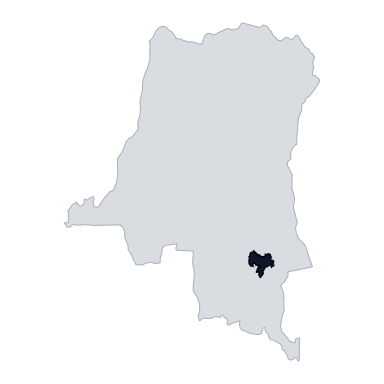 Malemba-Nkulu, Katanga, Democratic Republic of the Congo (highlighted)
{"feature_id": "63176286B11863220768150", "entity_name": "Malemba-Nkulu", "entity_type": "district", "adm_level": 2, "iso_a3": "COD", "parent_name": "Democratic Republic of the Congo", "parent_adm1": "Katanga", "projection": "equal_earth", "projection_center": [26.787, -8.06], "detail": "fine", "context": "in_parent", "style": "filled", "palette": "ink", "viewbox_px": 384, "rotation_deg": 0, "n_neighbors": 0, "source": "geoboundaries", "source_scale": "gbopen_adm2", "svg_char_len": 8146}
<svg xmlns="http://www.w3.org/2000/svg" viewBox="0 0 384 384"><path d="M312.4,266.8L287.6,272.0L288.1,273.9L287.9,275.9L287.2,277.4L284.7,281.5L280.9,285.3L280.9,286.2L282.8,290.4L284.0,296.2L283.7,306.4L284.2,309.1L284.1,311.2L282.8,313.6L280.3,325.8L281.9,331.7L286.8,337.2L289.6,341.3L294.5,342.7L295.2,342.5L295.5,339.1L299.4,337.8L299.3,359.5L299.0,360.7L298.3,361.0L297.4,360.3L297.1,358.2L296.1,357.3L291.4,360.0L290.2,359.9L288.9,359.4L288.0,358.3L287.7,356.7L284.4,350.4L282.8,350.0L281.0,344.3L273.6,340.1L270.8,339.8L269.3,338.5L267.9,334.0L265.4,331.2L264.9,328.0L264.4,327.5L262.9,328.2L261.6,333.2L259.9,334.4L256.9,334.5L249.3,333.1L243.9,330.5L242.5,330.6L240.3,328.3L239.4,324.4L239.9,321.4L239.5,320.9L231.3,323.5L229.3,325.0L227.4,324.6L226.8,323.8L227.7,321.7L227.2,319.5L226.6,318.4L224.2,317.6L223.4,315.2L221.9,314.8L221.4,315.2L221.1,316.8L220.2,317.4L215.2,316.6L210.1,318.7L203.2,318.1L200.0,320.7L199.5,320.6L198.8,319.3L198.1,315.2L198.5,314.1L199.5,313.3L199.8,311.6L199.5,307.4L199.7,306.3L199.4,303.9L198.3,300.0L196.9,296.8L193.7,292.0L193.1,289.7L193.3,284.3L194.3,275.8L194.1,269.4L192.9,265.3L192.6,260.9L193.4,252.9L192.5,251.0L176.9,250.3L176.2,249.7L175.9,248.6L176.6,243.9L167.0,245.1L164.2,246.0L162.4,247.9L161.8,250.4L161.8,253.8L160.4,257.1L160.0,262.7L157.4,263.3L154.7,263.3L149.6,262.2L144.7,263.7L142.2,265.3L140.9,264.5L136.5,265.1L135.9,264.7L130.7,253.6L128.4,250.0L128.0,248.2L128.2,246.4L127.5,244.1L125.1,238.5L124.6,235.8L124.7,231.7L124.4,230.3L122.3,226.7L120.9,225.5L119.3,224.9L93.7,225.4L85.2,224.7L79.0,225.2L75.8,224.9L75.0,224.4L72.1,225.1L70.7,226.6L68.5,227.4L67.1,227.1L64.4,223.0L68.0,222.2L68.3,221.8L68.4,212.0L67.5,210.6L69.4,208.9L72.5,204.5L75.5,203.0L75.9,202.1L76.6,202.1L77.7,204.0L80.3,206.3L83.6,204.3L83.9,203.7L84.3,199.4L85.2,199.1L86.6,200.0L87.3,200.0L88.8,198.8L92.9,196.6L94.2,199.4L93.0,201.8L93.6,203.5L93.7,206.2L94.4,206.8L97.7,207.1L98.6,206.5L105.1,196.8L106.8,195.7L109.5,191.8L113.2,190.1L114.7,187.0L116.8,181.6L117.7,173.7L117.3,160.2L117.7,158.3L122.0,152.2L126.5,141.1L129.6,138.2L131.9,137.0L135.4,133.0L138.2,128.9L137.8,124.0L138.5,119.9L140.0,114.7L140.5,109.3L140.0,103.5L140.3,98.8L142.3,91.2L142.6,82.6L144.4,75.3L148.2,66.1L150.0,59.3L149.7,52.5L150.2,47.5L150.0,44.6L149.3,42.1L149.7,40.5L151.1,39.8L152.9,37.3L156.1,30.6L159.5,27.4L161.9,26.4L164.4,26.5L166.0,27.1L168.6,29.7L171.6,31.7L173.8,34.3L176.0,38.4L181.3,39.3L183.6,40.7L185.0,41.3L185.5,40.9L186.6,41.1L189.1,42.3L191.1,41.6L200.9,44.3L202.1,43.0L204.8,36.0L206.9,33.7L210.3,33.4L212.9,34.7L214.3,34.7L226.4,28.8L228.0,28.5L232.4,29.9L235.2,29.0L236.4,29.3L238.8,28.2L240.9,24.1L242.5,23.0L259.9,27.5L262.6,25.3L263.8,25.1L267.7,26.7L268.9,29.3L271.2,31.4L272.8,35.1L275.4,37.1L276.7,39.0L278.3,40.4L281.4,40.9L285.4,37.6L288.3,37.9L291.1,39.7L292.1,39.6L294.2,37.7L295.4,35.7L296.5,35.2L298.1,36.1L299.5,38.0L300.7,40.8L305.1,47.0L309.3,49.7L310.4,53.5L311.9,53.1L312.6,53.5L313.7,55.9L314.5,56.4L314.6,57.4L313.6,59.7L312.6,64.0L313.9,66.7L312.8,70.6L312.3,74.6L313.6,75.6L315.4,75.5L317.0,77.6L318.3,78.0L319.6,80.2L319.3,82.0L315.2,88.6L308.9,96.6L306.8,97.6L305.7,99.0L305.0,101.4L303.2,103.4L301.8,104.2L301.7,110.0L299.6,116.0L298.7,117.2L297.6,127.0L297.8,128.6L296.7,136.6L296.9,144.1L293.8,146.4L291.7,150.1L290.8,152.6L290.9,158.6L287.4,162.4L287.2,163.2L288.1,167.4L289.3,168.1L289.3,169.6L292.1,174.1L291.9,188.2L292.1,189.6L293.5,193.0L294.5,199.3L293.4,207.5L297.2,222.3L295.5,227.8L296.3,233.0L298.5,238.4L303.8,243.8L305.2,246.0L306.6,249.0L307.8,253.6L312.4,266.8Z" fill="#d9dde1" stroke="#a8b0b8" stroke-width="1"/><path d="M259.0,275.3L259.2,275.1L259.3,275.1L259.5,275.3L259.6,275.2L259.7,275.4L259.8,275.4L259.9,275.6L260.0,275.7L260.1,275.8L260.1,276.1L260.0,276.3L260.0,276.5L259.9,276.6L260.0,277.0L260.2,277.4L260.3,277.4L260.4,277.2L260.6,276.9L260.8,276.9L260.9,276.7L261.0,276.6L261.2,276.3L261.5,276.2L261.7,275.6L261.8,275.4L262.0,275.3L262.7,274.3L262.8,274.3L263.0,273.8L263.2,273.6L263.4,273.4L263.4,273.2L263.2,273.0L262.9,273.2L262.4,273.0L262.4,272.9L262.3,272.6L262.5,272.1L263.0,271.2L264.4,268.8L264.5,268.5L264.6,268.2L264.9,267.8L265.1,267.4L265.3,267.0L265.6,267.0L265.8,266.9L265.8,266.7L266.0,266.6L266.3,266.4L266.5,266.4L266.7,266.5L266.8,266.7L267.2,266.7L267.5,266.4L267.9,266.0L268.0,266.0L268.4,265.8L268.5,265.7L268.7,265.3L269.0,265.1L269.4,265.1L269.7,264.8L270.2,264.9L270.4,264.8L270.5,264.8L270.8,264.7L270.9,265.0L271.3,265.4L271.4,265.7L271.4,265.8L271.3,266.0L271.6,266.0L271.6,266.5L271.6,266.9L272.1,266.4L272.5,266.2L272.8,266.1L273.2,266.0L273.5,265.9L273.7,265.5L273.0,265.7L272.6,265.8L272.4,265.8L272.3,265.7L272.2,265.7L272.0,265.9L271.8,266.1L271.7,266.0L271.7,265.7L272.0,265.5L272.0,265.4L272.1,265.2L272.2,264.9L272.5,264.6L272.6,264.4L272.8,264.2L273.3,263.1L273.4,262.7L273.5,262.5L273.5,262.3L273.6,262.2L273.7,261.9L273.6,261.7L273.6,261.3L273.1,261.2L273.1,260.9L273.0,260.7L272.8,260.5L272.6,260.9L272.1,261.1L271.9,261.1L271.7,261.1L271.5,260.9L270.8,259.8L270.7,259.5L270.7,259.0L270.6,258.5L270.7,258.0L270.8,257.8L271.3,257.4L271.2,257.3L271.1,257.1L270.7,256.4L270.6,256.0L270.5,255.8L270.2,255.7L270.1,255.4L270.3,254.9L270.1,254.6L270.0,254.4L269.7,254.3L269.3,254.1L269.1,254.0L269.0,254.6L268.9,254.7L268.5,254.8L268.2,254.9L268.2,254.7L268.2,254.3L268.3,254.1L268.2,254.0L268.2,253.9L267.9,253.9L267.6,254.3L267.4,254.5L267.2,254.6L267.0,254.8L267.0,255.0L266.7,255.0L266.3,255.1L266.1,255.1L266.0,254.8L265.9,254.7L265.7,254.3L265.4,254.2L265.2,254.9L265.2,255.2L265.3,255.4L265.2,256.0L265.3,256.3L265.1,256.4L264.8,256.4L264.1,256.5L263.4,256.7L263.0,256.7L262.2,256.8L261.9,256.7L261.7,256.6L261.7,256.8L261.3,256.9L261.0,256.8L260.8,256.8L260.2,256.6L259.7,256.6L259.8,256.1L259.9,255.9L260.0,255.8L260.0,255.7L259.8,255.7L259.7,255.2L259.4,255.0L259.3,254.9L259.1,255.0L258.9,255.2L258.3,254.7L258.2,254.8L258.3,254.9L258.2,255.1L257.9,255.2L257.7,255.3L257.6,255.0L257.6,254.7L257.3,254.5L257.2,254.3L256.8,254.0L256.7,253.9L256.3,253.7L256.1,253.7L256.0,253.4L256.0,252.9L255.9,252.8L255.7,252.7L255.4,252.8L255.4,253.0L255.2,253.1L255.1,252.2L254.9,251.9L254.7,251.8L254.6,252.1L254.6,252.3L254.7,252.5L254.8,252.7L254.7,252.8L254.2,252.0L253.9,252.1L253.7,251.4L253.5,251.9L253.2,252.3L253.0,252.2L252.1,252.1L251.7,252.2L251.5,252.3L251.3,252.5L251.1,252.6L250.8,252.8L250.7,252.8L250.3,253.3L250.2,254.0L250.1,254.5L249.9,255.2L250.0,255.4L249.9,255.7L249.8,256.0L249.6,256.4L249.5,256.6L249.2,256.7L249.3,256.8L249.4,257.0L249.4,257.7L249.4,257.8L249.3,258.3L249.3,258.7L249.3,259.3L249.4,259.7L249.4,259.8L249.3,260.0L248.9,260.3L248.9,260.5L249.0,260.6L249.1,260.8L249.1,261.0L249.1,261.3L249.1,261.6L249.2,262.0L249.0,262.5L249.0,262.9L249.1,263.0L249.3,263.2L249.3,263.6L249.3,263.8L249.5,264.3L249.9,264.6L250.0,264.6L250.1,264.9L250.3,264.9L250.5,265.0L250.4,265.4L250.5,265.5L250.5,265.4L250.5,265.2L250.6,265.3L250.6,265.5L250.8,265.6L250.9,265.4L250.9,265.2L251.0,265.3L251.2,265.2L251.3,265.1L251.3,265.3L251.3,265.5L251.2,265.6L251.3,265.7L251.5,265.7L252.0,265.7L252.2,265.9L252.3,266.1L252.5,266.0L252.8,266.1L252.7,265.9L252.8,265.8L253.0,265.9L252.6,265.0L252.6,264.7L252.8,264.3L252.7,263.9L252.6,263.6L253.2,263.1L253.3,263.2L253.4,263.5L253.4,263.3L253.5,263.0L253.8,262.6L254.0,262.5L254.1,262.3L254.3,262.3L254.5,262.7L254.3,263.0L254.2,263.1L254.2,263.5L254.8,263.3L255.0,263.3L255.4,263.6L255.6,263.9L255.7,264.8L255.8,265.0L256.0,265.0L256.3,265.1L256.5,265.0L257.0,265.1L257.2,265.3L257.4,265.5L258.1,266.0L258.4,265.9L258.7,265.7L258.9,265.4L259.3,265.1L259.6,265.1L259.7,265.3L259.8,266.0L260.0,266.3L260.0,266.2L260.0,266.4L259.8,267.0L259.5,267.2L259.0,267.0L258.9,267.1L258.6,267.5L258.2,267.8L258.0,268.2L257.8,268.2L257.7,268.3L257.9,268.7L257.8,268.8L257.5,269.0L257.2,269.6L257.3,270.1L256.6,271.5L256.4,272.1L256.5,272.2L256.8,272.2L257.1,272.0L257.2,271.9L257.7,272.0L257.8,271.9L258.1,271.9L258.3,271.8L258.5,272.1L258.8,272.3L259.1,272.8L259.1,273.0L259.0,273.4L259.0,273.7L259.1,273.9L259.0,274.0L259.3,274.5L259.3,274.8L259.2,274.8L259.2,274.7L259.0,274.8L258.9,275.1L259.0,275.3Z" fill="#0f172a" stroke="#020617" stroke-width="1.5"/></svg>